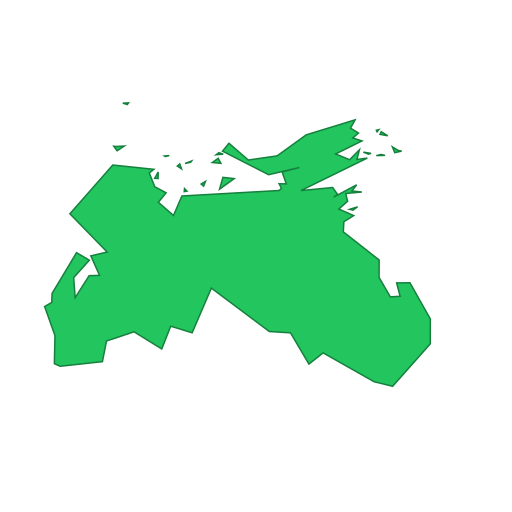 Helgafellssveit, Vesturland, Iceland (orthographic projection), rotated 15°
{"feature_id": "244011B42475995928988", "entity_name": "Helgafellssveit", "entity_type": "district", "adm_level": 2, "iso_a3": "ISL", "parent_name": "Iceland", "parent_adm1": "Vesturland", "projection": "orthographic", "projection_center": [-22.792, 64.982], "detail": "medium", "context": "isolated", "style": "filled", "palette": "green", "viewbox_px": 512, "rotation_deg": 15, "n_neighbors": 0, "source": "geoboundaries", "source_scale": "gbopen_adm2", "svg_char_len": 1964}
<svg xmlns="http://www.w3.org/2000/svg" viewBox="0 0 512 512"><g transform="rotate(15 256 256)"><path d="M65.3,263.4L111.2,290.7L96.4,298.6L109.9,315.2L99.9,318.2L92.1,343.1L85.5,324.1L96.1,303.2L81.8,299.2L68.7,344.9L70.7,353.7L64.9,359.5L82.4,384.9L89.1,412.2L95.4,413.2L135.0,397.8L133.6,376.8L157.8,360.8L189.0,370.2L191.8,345.9L214.2,346.7L221.2,298.6L288.4,325.5L309.2,321.3L335.1,346.7L345.9,332.2L402.6,346.9L421.7,346.5L447.1,295.7L440.7,271.7L411.6,242.0L398.8,245.6L405.6,257.6L396.3,260.7L380.4,244.8L376.0,228.0L334.1,210.1L332.0,200.1L339.9,191.7L323.9,189.2L330.3,179.4L326.5,172.4L341.7,166.8L331.8,168.4L334.8,161.2L315.7,179.1L318.9,175.4L312.3,170.0L282.4,181.2L338.2,132.6L328.5,136.6L328.4,126.7L321.5,138.8L306.5,136.8L328.6,117.4L318.9,117.0L323.2,110.7L314.2,108.0L316.5,98.8L273.1,126.0L250.5,153.8L223.7,165.3L200.7,154.1L196.5,163.4L247.2,174.2L275.0,159.3L259.5,168.1L266.6,178.5L259.6,180.2L263.0,183.9L261.5,186.7L168.9,217.2L165.8,238.2L147.8,229.4L152.8,218.2L140.3,215.3L131.4,203.4L134.9,198.7L94.1,205.2L65.3,263.4ZM214.9,186.9L203.7,188.6L203.5,200.9L214.9,186.9ZM100.3,183.9L92.9,186.3L90.2,186.8L94.6,190.3L100.3,183.9ZM198.1,175.6L194.2,171.4L189.6,177.0L198.1,175.6ZM352.1,105.8L344.8,103.5L344.3,106.4L352.1,105.8ZM359.5,115.3L363.3,120.3L369.5,117.0L365.8,117.2L359.5,115.3ZM141.4,206.5L139.8,200.2L138.0,207.2L141.4,206.5ZM350.4,125.6L346.2,127.9L354.6,125.4L350.4,125.6ZM187.3,202.1L187.9,197.0L184.4,200.7L187.3,202.1ZM337.8,186.6L341.4,182.2L334.3,186.7L337.8,186.6ZM198.0,166.1L193.4,165.8L191.3,168.5L198.0,166.1ZM340.5,127.1L332.8,127.9L338.3,128.5L340.5,127.1ZM170.0,212.4L172.5,211.2L169.5,209.4L170.0,212.4ZM163.5,185.0L168.6,182.4L169.2,180.9L163.5,185.0ZM161.5,191.1L158.5,186.8L156.7,189.5L161.5,191.1ZM340.8,104.7L341.9,102.2L339.7,103.4L340.8,104.7ZM142.6,183.4L146.3,181.4L141.7,183.1L142.6,183.4ZM92.5,143.0L93.2,141.1L87.8,142.8L92.5,143.0Z" fill="#22c55e" stroke="#15803d" stroke-width="1.5"/></g></svg>